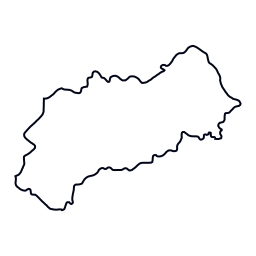 outline of Ushachy, Vitebsk, Belarus
{"feature_id": "67162791B55947192119521", "entity_name": "Ushachy", "entity_type": "district", "adm_level": 2, "iso_a3": "BLR", "parent_name": "Belarus", "parent_adm1": "Vitebsk", "projection": "orthographic", "projection_center": [28.697, 55.126], "detail": "fine", "context": "isolated", "style": "outline", "palette": "ink", "viewbox_px": 256, "rotation_deg": 0, "n_neighbors": 0, "source": "geoboundaries", "source_scale": "gbopen_adm2", "svg_char_len": 5556}
<svg xmlns="http://www.w3.org/2000/svg" viewBox="0 0 256 256"><path d="M220.2,79.7L220.3,78.1L219.9,76.4L219.3,74.9L218.1,73.0L217.3,71.1L216.2,69.0L214.9,67.6L213.3,65.9L212.1,64.8L210.8,63.9L209.4,63.0L208.7,61.9L208.3,60.7L208.1,59.7L207.7,58.0L207.4,56.2L206.8,54.5L206.2,53.7L205.4,53.1L204.0,52.4L202.5,51.4L201.0,50.3L199.2,49.0L197.6,47.9L195.5,46.7L194.4,46.3L193.1,45.9L191.7,46.1L189.8,46.8L188.4,47.7L187.5,48.7L185.8,51.1L184.3,52.5L182.9,53.1L181.5,53.2L179.8,53.2L178.5,53.5L176.3,55.0L175.3,56.3L173.3,58.8L172.4,60.7L171.0,62.7L170.1,63.8L169.5,64.5L168.4,65.4L167.0,65.9L166.0,65.8L164.9,65.1L163.8,64.9L162.8,65.0L162.0,65.3L161.1,66.1L160.8,67.2L161.0,67.9L162.0,68.7L163.8,69.6L164.5,70.2L163.8,71.1L162.2,71.7L160.5,72.6L158.7,74.0L156.6,75.3L155.3,76.4L153.8,77.2L152.4,78.2L151.2,79.4L148.9,80.7L147.0,82.0L145.6,82.5L143.4,82.9L142.0,82.9L141.1,82.2L139.4,80.1L138.9,79.3L137.2,77.9L136.1,77.3L134.5,76.6L132.6,76.3L131.1,76.4L129.8,76.7L128.7,77.6L127.8,78.6L126.7,79.4L125.5,80.3L124.0,80.4L122.7,80.4L121.9,80.0L120.7,79.2L119.9,78.6L119.1,77.7L118.3,77.1L117.1,76.3L115.6,75.8L114.2,75.8L112.8,76.1L111.5,76.7L110.5,77.3L110.1,78.6L109.9,79.4L109.6,80.9L109.3,81.6L108.5,81.9L108.0,81.9L106.8,80.9L105.8,79.7L105.1,78.9L103.8,77.9L103.1,77.8L102.2,77.7L101.6,77.4L101.1,76.5L99.9,74.6L99.1,73.4L98.0,72.4L97.2,71.8L95.3,71.3L93.9,71.6L92.8,72.7L92.5,74.4L92.2,76.1L91.9,76.9L90.8,77.4L89.9,77.5L88.3,77.9L87.6,78.9L87.4,80.8L87.6,81.9L87.7,83.8L87.6,85.0L87.1,86.6L85.2,86.9L84.0,87.1L82.9,87.5L81.8,88.0L81.4,88.9L81.2,90.3L80.7,92.0L79.9,92.9L78.8,93.2L77.4,93.0L75.3,92.7L74.3,92.4L73.0,91.6L72.1,90.9L70.5,90.2L69.1,89.8L67.9,89.8L66.5,89.6L65.1,89.6L63.6,89.3L61.7,88.3L60.9,88.5L59.8,88.9L58.6,89.4L57.4,90.1L56.3,91.1L55.2,92.1L53.6,94.0L51.5,95.6L49.8,96.9L48.6,97.7L46.5,98.5L44.2,98.6L43.9,98.6L43.9,100.1L43.8,103.1L43.8,105.3L43.7,107.3L43.6,110.0L43.6,111.6L42.7,114.2L41.0,116.4L39.8,117.7L38.4,119.2L36.7,120.7L34.9,122.6L30.4,126.6L27.2,130.0L25.2,132.3L24.3,133.5L24.1,135.0L24.3,136.2L25.1,137.6L26.0,138.5L27.1,139.6L28.7,140.8L30.7,142.5L32.0,143.2L32.7,143.8L34.1,144.7L35.0,145.9L35.1,146.9L35.0,147.8L34.2,148.8L33.3,149.8L32.1,150.7L30.2,152.5L28.7,153.6L27.1,154.6L25.7,155.3L24.8,155.8L24.0,156.6L23.9,158.6L24.1,161.0L24.3,163.7L24.2,164.5L23.3,166.3L22.6,168.1L21.9,169.6L21.0,171.8L20.0,173.3L18.7,174.7L16.5,175.7L15.4,176.2L15.9,177.8L15.8,180.6L15.5,183.2L16.0,185.2L16.9,186.5L18.6,187.8L19.5,188.6L20.7,189.4L22.7,190.3L25.1,190.7L26.2,190.3L27.2,189.5L28.6,188.9L29.6,189.0L30.5,189.9L30.8,192.1L31.0,193.7L32.0,194.5L34.1,194.7L35.0,194.7L36.3,195.4L37.6,196.7L38.3,197.3L39.2,198.3L40.7,199.8L42.2,201.4L43.6,202.6L45.1,204.1L46.9,205.6L47.7,206.7L50.2,208.8L52.2,209.2L54.6,209.6L56.8,209.7L58.7,209.4L60.6,209.4L61.7,209.6L61.9,210.1L62.3,210.1L63.5,209.6L64.3,209.0L65.0,207.4L65.4,206.0L66.0,204.3L66.4,203.2L67.1,202.3L68.0,202.2L69.1,202.2L69.7,202.9L70.4,203.6L71.4,204.0L72.4,203.4L72.8,202.7L72.7,201.2L72.3,200.0L72.3,198.5L72.4,196.8L72.7,195.4L72.9,193.8L73.3,192.2L73.7,190.1L73.9,188.2L74.0,186.3L74.7,185.2L75.7,184.6L77.0,184.5L78.3,184.5L79.7,184.3L80.5,184.1L81.7,183.7L82.2,183.2L83.3,181.2L84.5,179.3L86.0,177.9L87.5,176.9L89.0,176.3L90.7,175.9L93.0,175.4L94.4,174.8L96.1,173.7L97.3,172.7L98.4,171.1L98.8,170.0L99.6,169.3L100.7,168.5L101.5,168.2L102.5,168.0L103.4,168.2L104.4,168.8L105.1,169.0L106.4,168.8L106.9,168.2L107.9,167.6L109.2,167.4L110.1,167.6L111.3,168.4L112.1,169.4L112.8,169.9L115.1,170.1L116.6,170.0L118.8,170.0L120.7,170.0L121.8,169.9L123.1,169.2L124.2,168.5L125.3,168.2L126.8,168.5L127.5,169.1L127.9,169.4L129.2,170.4L130.5,170.4L131.9,170.0L132.9,169.2L134.1,168.4L135.8,167.0L137.3,165.5L138.1,164.8L139.9,163.4L141.6,162.9L143.3,162.8L144.9,162.8L148.8,162.8L151.3,162.6L152.3,161.9L152.5,160.9L152.7,159.3L152.7,158.2L152.9,157.0L153.1,156.0L153.8,155.3L154.7,155.1L155.5,155.0L156.2,155.2L156.6,155.8L157.1,156.2L157.9,156.4L159.1,156.5L160.6,156.3L161.9,155.9L163.3,155.2L165.5,153.1L166.1,152.2L167.4,151.2L168.5,150.5L169.9,150.3L171.5,150.5L172.7,151.0L173.9,151.2L175.2,151.1L176.4,150.7L177.0,149.7L177.1,148.7L177.1,146.7L177.3,145.3L178.2,143.7L179.0,142.8L179.8,142.0L180.4,141.0L181.1,139.3L181.8,137.7L181.6,136.0L181.7,133.8L182.0,132.7L182.8,132.0L184.2,132.0L185.5,133.0L186.3,133.6L187.2,134.2L188.4,135.3L189.6,135.7L191.2,136.2L193.1,136.3L194.5,136.3L196.0,136.3L197.8,136.6L198.6,137.2L199.1,138.1L199.6,138.9L200.5,139.6L201.5,139.6L203.0,138.8L203.6,138.2L203.9,137.1L203.9,135.9L204.1,134.8L205.1,134.4L205.9,134.5L206.8,134.9L207.9,134.5L208.3,134.3L208.6,134.0L208.6,133.1L209.1,132.5L209.9,132.5L210.7,132.8L210.8,134.5L210.8,135.5L211.3,136.7L212.0,137.0L212.9,137.1L214.0,137.0L214.8,137.3L215.5,138.6L215.4,138.9L215.6,138.9L216.8,139.0L217.8,139.0L218.6,139.0L219.9,138.6L220.6,138.3L221.1,138.2L221.5,136.7L221.3,135.7L221.0,135.3L220.2,134.0L220.1,132.8L220.4,131.4L220.7,131.0L221.7,130.3L221.6,129.8L221.6,129.4L220.0,128.5L219.1,127.5L218.2,125.8L218.4,124.6L218.8,123.8L219.8,122.8L220.7,122.6L222.0,122.3L222.8,122.1L223.4,121.8L224.3,120.4L224.6,119.4L224.6,117.7L224.6,116.6L224.8,114.7L225.0,113.8L225.7,113.1L226.7,113.1L228.7,112.8L229.6,112.3L230.8,110.9L232.7,109.1L233.5,108.0L235.0,106.9L236.5,106.4L237.2,106.2L239.0,105.9L240.0,105.1L240.6,103.8L240.1,102.5L239.2,101.0L237.7,100.1L235.4,99.4L233.0,98.8L231.9,97.9L229.8,96.8L228.1,95.3L227.1,93.9L225.6,92.0L224.5,90.3L223.7,89.1L222.3,87.0L221.6,85.2L221.0,84.1L220.4,81.5L220.1,80.4L220.2,79.7Z" fill="none" stroke="#020617" stroke-width="2"/></svg>